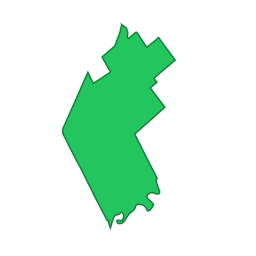 the district of Salcioara, Ialomita, Romania, rotated 126°
{"feature_id": "2599482B59110009090263", "entity_name": "Salcioara", "entity_type": "district", "adm_level": 2, "iso_a3": "ROU", "parent_name": "Romania", "parent_adm1": "Ialomita", "projection": "robinson", "projection_center": [26.933, 44.559], "detail": "fine", "context": "isolated", "style": "filled", "palette": "green", "viewbox_px": 256, "rotation_deg": 126, "n_neighbors": 0, "source": "geoboundaries", "source_scale": "gbopen_adm2", "svg_char_len": 4030}
<svg xmlns="http://www.w3.org/2000/svg" viewBox="0 0 256 256"><g transform="rotate(126 128 128)"><path d="M106.5,193.2L116.4,191.1L120.1,190.3L124.3,189.4L124.8,189.2L125.0,189.2L130.0,188.1L133.8,187.3L135.8,186.9L137.6,186.5L139.9,186.0L143.8,185.2L144.7,185.0L145.6,184.8L146.6,184.6L147.1,184.5L148.0,184.3L148.9,184.1L149.9,183.9L150.7,183.7L152.1,183.4L153.5,183.1L155.0,182.8L155.8,182.6L156.1,182.6L157.3,182.3L157.9,182.2L158.3,182.1L158.7,182.0L159.3,181.9L160.3,181.7L161.3,181.4L162.4,181.2L163.1,181.1L163.7,180.9L164.3,180.8L165.0,180.7L166.3,180.3L167.1,180.1L168.2,179.5L168.7,179.2L169.5,178.6L170.1,178.0L170.7,177.5L170.9,177.3L171.8,175.6L172.0,175.1L172.2,174.8L172.4,174.3L172.9,173.3L176.7,166.0L180.2,159.1L184.3,151.1L184.6,150.6L185.5,148.7L187.9,143.4L189.0,141.4L191.6,136.4L194.0,131.8L196.0,128.0L197.3,125.4L201.3,117.7L201.7,117.1L202.0,116.5L202.2,116.2L202.6,115.6L202.5,115.4L205.0,110.6L207.4,105.7L213.3,94.0L213.3,93.9L215.0,90.5L215.0,90.4L214.6,90.1L214.7,89.9L214.9,89.5L214.9,89.4L214.8,89.2L214.7,89.2L214.6,88.9L215.0,88.7L215.3,88.6L215.5,88.5L215.6,88.4L216.3,87.6L217.1,86.5L217.5,86.0L217.6,85.7L219.2,83.5L217.3,84.2L216.1,84.5L214.6,85.2L212.8,85.8L211.9,86.1L210.4,86.5L209.4,86.8L208.8,87.0L208.2,87.1L207.5,87.1L206.7,87.0L205.9,86.8L205.3,86.4L204.2,85.6L203.5,85.1L203.1,84.7L202.7,84.4L202.3,84.2L201.9,84.1L201.5,84.2L201.2,84.3L200.9,84.3L200.6,84.1L200.2,83.8L200.1,83.6L199.8,83.1L199.8,82.7L199.9,82.2L200.2,81.5L200.5,80.9L201.0,80.3L201.7,79.7L202.3,79.3L203.0,79.0L203.7,78.8L204.3,78.7L204.8,78.6L205.4,78.6L206.0,78.6L206.6,79.0L207.2,79.4L207.6,80.0L208.0,81.2L208.1,81.6L208.4,82.0L208.7,82.3L209.0,82.4L209.3,82.4L209.7,82.3L210.1,82.1L210.4,81.8L210.6,81.5L210.9,80.9L211.0,80.3L211.0,79.8L210.5,78.8L210.1,78.2L209.7,77.8L208.9,77.2L208.2,76.9L207.2,76.6L206.0,76.4L204.4,76.2L203.4,76.3L201.5,76.4L199.4,76.6L197.4,76.6L196.2,76.4L193.2,75.7L192.5,75.5L191.9,75.4L190.6,75.2L189.3,75.2L188.4,75.3L187.4,75.7L186.5,75.9L185.9,75.9L185.5,75.9L185.0,75.8L184.4,75.4L183.9,74.9L183.4,74.3L183.0,73.7L182.6,73.1L182.3,72.4L181.9,71.5L181.7,70.7L181.6,70.0L181.5,68.8L181.6,67.7L182.0,66.6L182.4,65.8L183.0,64.8L183.4,64.3L183.5,63.9L183.4,63.2L182.8,62.6L182.3,62.3L181.8,62.1L181.3,62.0L180.8,61.9L179.9,61.9L179.0,61.9L177.6,61.9L176.6,62.0L175.4,62.3L175.1,62.5L174.9,62.7L174.7,63.1L174.4,63.6L174.2,64.7L174.0,66.3L173.9,67.1L173.9,68.0L173.8,68.9L173.6,70.0L173.3,70.9L173.1,71.6L172.8,72.1L172.2,72.5L171.2,72.7L170.4,72.9L169.4,72.8L168.8,72.5L168.1,72.2L167.4,71.8L166.6,71.2L166.1,70.7L165.6,69.2L165.3,68.2L164.5,66.5L164.0,65.1L163.7,64.8L163.2,64.4L162.6,64.3L162.2,64.3L161.6,64.5L161.0,64.9L160.5,65.4L160.1,66.0L159.8,66.5L159.5,67.0L158.9,67.7L158.5,68.3L157.8,69.5L157.2,70.5L156.7,71.2L156.0,72.2L155.4,72.8L154.9,73.5L154.3,74.0L153.5,74.5L152.8,74.8L151.9,74.9L151.5,74.9L150.9,76.1L150.7,76.6L148.4,81.1L146.3,85.3L146.2,85.5L144.6,88.5L143.1,91.5L143.0,91.8L142.8,92.1L142.7,92.3L142.4,93.0L137.2,103.0L132.1,112.9L130.5,116.0L128.9,119.0L116.1,116.2L114.6,115.9L107.4,114.2L99.5,112.5L91.9,110.9L89.8,110.4L89.7,110.4L89.5,110.5L82.5,133.6L82.1,133.5L74.0,131.5L72.5,136.2L63.1,134.1L62.7,134.0L45.4,129.7L38.8,150.5L36.8,156.4L36.8,156.5L38.2,156.8L39.9,157.1L41.6,157.5L51.7,160.2L49.2,167.0L45.6,176.9L45.7,177.8L46.0,177.9L47.1,178.2L50.7,179.1L55.4,180.2L55.0,181.8L54.1,182.4L52.9,183.1L52.0,183.6L50.8,184.3L50.6,184.6L49.9,185.6L49.4,186.3L48.6,187.4L48.1,188.1L48.1,188.9L48.1,189.6L48.1,191.0L48.0,194.1L48.3,193.8L48.7,193.5L48.9,193.4L50.0,193.0L51.0,192.5L53.8,191.4L55.6,190.7L56.0,190.5L57.2,190.2L59.1,189.7L61.2,189.1L63.8,188.4L65.7,187.9L67.3,187.4L68.3,187.2L69.4,186.9L69.5,186.9L74.0,187.9L85.7,190.7L85.8,190.7L88.5,184.9L89.7,182.4L91.5,178.2L91.8,177.4L92.5,176.0L92.9,175.1L93.5,175.2L95.3,175.9L96.8,176.4L97.9,176.9L99.7,177.5L102.5,178.5L104.3,179.2L106.0,179.8L107.8,180.6L110.4,181.6L112.3,182.4L110.0,186.7L108.5,189.5L107.0,192.2L106.5,193.2Z" fill="#22c55e" stroke="#15803d" stroke-width="1.5"/></g></svg>